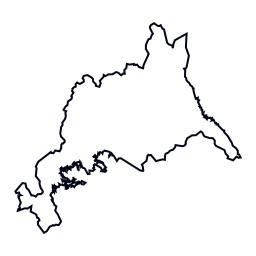 Huancane, Puno, Peru (Natural Earth projection)
{"feature_id": "86281439B8131486322955", "entity_name": "Huancane", "entity_type": "district", "adm_level": 2, "iso_a3": "PER", "parent_name": "Peru", "parent_adm1": "Puno", "projection": "natural_earth1", "projection_center": [-69.717, -15.15], "detail": "fine", "context": "isolated", "style": "outline", "palette": "ink", "viewbox_px": 256, "rotation_deg": 0, "n_neighbors": 0, "source": "geoboundaries", "source_scale": "gbopen_adm2", "svg_char_len": 5712}
<svg xmlns="http://www.w3.org/2000/svg" viewBox="0 0 256 256"><path d="M15.4,191.4L16.3,193.1L19.0,192.5L19.6,194.4L20.9,195.2L18.5,195.5L19.0,196.9L18.4,197.1L20.8,202.7L19.2,206.4L19.9,208.0L18.2,209.3L17.8,210.8L24.9,208.3L27.5,208.6L31.4,206.1L30.7,211.6L35.3,213.9L36.4,214.9L37.1,217.8L38.2,217.9L39.2,219.3L39.5,220.3L37.9,221.7L38.0,224.6L44.0,232.8L46.8,231.2L49.5,226.9L53.0,225.1L54.0,225.7L55.8,224.7L58.7,225.1L61.1,221.5L57.7,214.3L55.2,210.7L56.4,206.4L54.4,205.0L53.8,203.0L52.1,201.0L51.7,199.9L52.3,199.8L52.3,198.9L52.8,199.4L52.8,198.5L50.4,195.1L51.5,193.1L53.9,191.8L52.7,190.8L53.5,189.6L52.8,188.6L52.7,185.4L53.4,185.6L53.3,186.4L54.1,189.0L53.7,186.7L54.3,185.7L54.6,186.9L55.0,186.6L55.1,188.3L54.3,188.0L54.5,189.3L53.7,189.8L54.4,191.6L54.6,190.2L55.4,190.8L54.9,189.0L55.5,189.3L55.6,188.1L57.0,187.9L55.6,187.6L55.5,186.8L56.2,186.6L56.8,187.5L58.2,186.5L58.8,187.0L59.6,185.1L59.2,183.9L60.9,184.9L62.4,184.4L63.2,185.4L65.9,185.0L65.5,186.3L65.8,187.4L66.2,187.0L65.7,188.6L66.4,188.6L66.4,189.7L66.9,188.1L67.9,188.1L69.5,185.4L71.3,185.1L71.4,186.8L73.0,185.9L74.3,187.1L75.7,185.1L78.0,183.8L81.4,183.0L81.7,184.2L83.5,184.5L85.5,182.8L81.8,181.0L80.8,182.4L78.4,181.5L77.3,182.9L76.8,181.6L76.7,183.2L74.3,182.2L74.4,181.4L73.4,181.7L72.7,180.9L75.0,179.3L74.1,179.1L73.1,177.0L73.6,178.8L74.4,179.5L72.5,180.1L72.0,181.2L73.2,183.1L67.7,186.1L67.1,186.3L67.0,185.6L66.9,186.9L66.3,185.5L66.8,184.8L66.3,184.1L66.3,185.3L64.9,183.9L65.5,182.6L66.2,183.1L66.4,182.7L65.2,182.2L64.8,181.0L62.7,181.7L62.0,179.9L63.9,181.0L64.1,180.3L65.2,180.7L64.5,180.2L64.9,180.1L65.6,180.9L65.6,181.9L67.1,181.9L66.2,181.3L68.1,180.3L69.2,181.2L68.5,181.3L69.2,182.2L70.3,181.6L68.6,179.6L67.7,179.9L68.7,178.7L67.5,179.6L66.9,178.1L64.6,177.9L65.0,177.6L63.7,176.6L63.5,177.4L62.7,177.3L62.7,174.5L61.8,174.0L61.8,175.2L61.4,175.4L60.9,173.1L60.1,173.1L61.4,171.3L61.0,169.9L59.7,169.6L62.7,169.4L63.6,170.9L64.2,170.4L65.9,171.5L65.5,170.6L64.8,170.6L65.2,170.3L60.8,168.1L61.6,167.4L62.8,168.6L63.6,168.3L64.9,169.1L65.0,167.9L66.1,168.4L65.9,167.2L67.4,166.1L68.1,167.0L67.3,167.7L68.3,168.4L67.7,168.4L67.9,169.5L68.6,168.3L70.5,169.5L70.2,166.6L71.2,166.5L70.6,167.1L71.1,167.6L73.2,167.0L73.8,165.1L72.6,164.3L73.2,163.5L73.2,164.3L73.8,163.9L74.5,164.8L74.9,163.0L77.3,166.3L77.9,169.4L79.2,170.6L78.4,168.9L78.7,166.8L76.4,163.9L76.6,162.5L78.1,162.0L79.9,162.4L80.0,161.7L80.8,162.9L79.7,165.4L80.8,165.2L81.0,166.6L81.5,165.9L81.6,167.0L81.8,166.0L82.8,167.8L84.8,168.5L87.8,174.1L89.5,173.9L89.5,170.4L92.8,171.0L94.6,169.5L93.1,168.1L94.2,167.1L93.7,165.2L94.8,164.2L100.9,167.8L101.8,169.7L101.3,170.8L102.8,170.3L102.6,171.4L104.2,171.7L103.7,170.7L105.0,170.4L106.7,171.4L104.5,168.4L106.0,167.6L103.1,164.1L103.2,162.8L100.4,161.4L101.0,162.8L98.0,162.1L97.2,163.1L97.2,161.9L98.6,160.9L96.6,160.3L95.2,161.1L94.8,160.4L96.3,159.1L95.8,158.0L94.4,156.6L92.8,157.3L95.0,155.1L96.1,156.8L97.3,157.2L98.3,152.9L99.4,154.1L100.0,152.2L101.6,152.5L102.4,153.5L102.6,152.2L104.6,150.6L109.6,151.9L110.4,153.5L109.0,155.4L109.1,156.5L111.5,153.2L112.5,154.5L112.4,155.6L113.6,155.6L116.9,161.0L118.8,158.4L120.9,158.3L140.0,170.3L142.8,171.0L143.3,170.6L142.7,166.2L141.8,164.7L146.5,160.8L147.4,155.8L148.3,154.8L149.2,155.4L150.9,154.9L156.0,161.1L162.5,159.4L164.9,159.8L165.0,155.3L165.8,153.7L168.1,152.7L170.2,150.6L173.2,149.6L175.2,146.9L175.6,145.1L182.4,146.2L184.6,145.5L185.9,143.8L185.5,142.5L187.3,138.2L192.0,135.4L195.9,135.2L200.7,131.4L202.3,132.6L204.1,136.0L205.2,136.7L209.9,138.1L212.7,138.1L214.8,140.6L214.6,143.7L215.9,145.8L224.5,150.1L225.6,153.6L228.2,156.4L227.5,158.3L233.1,160.3L236.6,156.6L238.5,157.8L240.6,157.5L239.0,154.5L237.8,154.1L237.8,150.7L235.9,148.1L232.7,145.7L231.9,143.0L227.8,136.1L224.1,132.1L224.3,130.5L223.0,130.3L218.5,125.8L218.1,124.3L216.5,124.5L216.2,123.1L215.3,123.3L213.7,119.9L211.9,120.5L212.6,119.3L212.1,117.9L210.9,118.6L210.3,117.7L208.8,118.1L207.6,117.2L206.9,119.2L206.4,118.6L206.3,115.7L205.1,116.6L205.3,117.7L204.2,117.2L205.3,115.5L203.7,115.4L203.0,114.1L203.4,112.9L202.5,113.6L202.2,110.0L200.7,110.1L201.5,109.7L201.3,107.7L200.1,107.5L200.2,106.8L199.4,106.3L200.0,105.8L198.0,102.0L199.1,100.3L197.9,99.8L197.8,98.2L197.1,99.1L196.6,98.2L195.7,98.6L193.5,91.0L193.6,88.7L193.0,88.7L192.2,86.5L190.5,85.3L189.1,82.7L187.7,81.9L186.4,79.9L186.2,78.0L185.0,76.9L185.2,70.4L184.1,68.7L185.7,68.5L186.6,67.0L188.9,55.7L185.9,47.3L186.6,33.7L175.0,40.2L173.5,43.7L172.8,48.2L172.3,45.6L168.7,44.3L167.1,42.5L164.0,29.3L162.3,28.5L160.7,25.2L159.4,26.0L157.6,25.8L154.0,23.2L151.2,24.9L149.9,26.7L150.1,28.4L152.9,33.9L151.9,34.7L150.4,38.7L148.4,39.3L145.9,44.9L145.9,49.0L148.7,53.9L143.6,65.1L143.1,68.3L138.9,67.0L137.1,64.6L135.4,65.1L134.5,64.3L133.8,64.8L133.5,64.0L129.5,64.6L126.9,63.9L126.3,68.1L124.3,70.1L124.7,73.8L123.3,73.5L121.2,75.3L118.2,72.7L116.1,72.1L112.3,74.3L108.4,74.4L105.4,76.1L103.7,75.0L103.5,76.9L99.8,80.9L100.7,83.1L99.4,86.8L95.9,85.9L95.9,84.3L93.2,81.6L92.9,78.8L91.5,77.5L87.5,75.1L83.8,75.9L82.6,78.2L83.8,79.8L83.8,81.7L79.8,84.0L77.1,82.5L75.7,84.1L75.7,86.7L73.9,87.2L72.5,88.8L72.1,91.3L73.5,92.5L71.3,96.1L72.0,97.0L71.5,99.0L67.9,101.5L67.5,105.0L65.7,106.4L63.6,109.5L63.7,110.2L66.2,111.2L65.4,112.6L65.8,116.5L64.9,119.1L62.3,122.8L62.6,124.9L61.1,127.2L60.3,133.6L61.0,136.5L64.6,140.3L64.7,141.9L63.0,143.6L62.1,143.5L61.3,144.9L61.2,148.3L59.6,151.3L55.3,150.5L53.4,153.2L51.4,153.0L50.9,152.0L38.3,161.7L35.8,166.5L36.6,168.1L35.8,176.1L39.8,181.2L39.5,183.8L40.6,187.7L42.9,191.4L42.8,192.4L41.0,194.0L37.8,194.2L35.8,196.6L33.3,195.4L31.4,195.4L28.8,190.2L26.4,187.8L25.5,183.5L22.4,183.1L15.4,191.4Z" fill="none" stroke="#020617" stroke-width="2"/></svg>